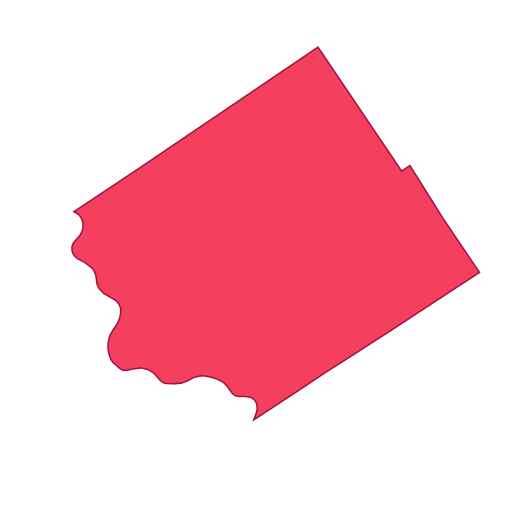 Fremont, Iowa, United States of America (Natural Earth projection), rotated 326°
{"feature_id": "52423323B89292359630527", "entity_name": "Fremont", "entity_type": "district", "adm_level": 2, "iso_a3": "USA", "parent_name": "United States of America", "parent_adm1": "Iowa", "projection": "natural_earth1", "projection_center": [-95.772, 40.741], "detail": "fine", "context": "isolated", "style": "filled", "palette": "rose", "viewbox_px": 512, "rotation_deg": 326, "n_neighbors": 0, "source": "geoboundaries", "source_scale": "gbopen_adm2", "svg_char_len": 1345}
<svg xmlns="http://www.w3.org/2000/svg" viewBox="0 0 512 512"><g transform="rotate(326 256 256)"><path d="M115.4,219.1L115.4,219.8L114.7,223.1L113.5,225.4L112.2,227.1L109.5,230.1L106.9,232.2L102.6,234.8L96.5,237.2L90.8,240.0L88.5,241.7L84.6,245.6L81.4,250.2L79.3,255.1L77.9,260.1L77.8,264.0L80.2,273.2L81.7,276.3L85.9,279.1L87.1,279.3L90.4,280.7L98.1,284.5L102.7,289.5L104.6,293.1L105.9,296.5L107.2,306.5L108.1,308.8L109.5,310.9L116.8,316.3L117.7,316.8L123.1,319.7L129.2,321.2L135.9,321.8L142.0,323.9L146.1,326.5L148.1,328.4L151.4,331.8L155.2,336.8L157.6,341.1L158.6,343.8L159.2,347.3L159.5,356.7L160.3,359.4L161.7,361.6L163.4,363.0L167.8,365.9L172.4,370.0L173.5,371.9L174.3,374.9L174.1,377.8L173.3,380.3L171.1,384.0L167.2,387.3L162.5,390.6L175.8,390.8L216.3,391.3L247.8,391.4L268.9,392.0L294.4,392.5L307.5,392.8L322.5,393.1L327.0,393.2L327.9,393.2L366.5,393.7L403.6,394.2L432.1,394.6L432.1,329.8L434.2,267.1L424.2,267.0L424.2,117.5L204.7,117.9L129.7,117.4L131.4,120.6L132.2,122.8L132.4,126.4L131.6,130.3L130.6,132.4L128.0,136.2L125.5,138.3L121.7,140.4L112.3,142.8L109.7,144.5L108.6,145.4L106.7,148.4L106.1,149.6L105.5,152.4L105.6,154.6L106.6,158.4L110.5,165.8L113.4,174.6L113.3,178.2L112.4,182.5L108.7,189.9L108.1,191.9L107.7,195.4L108.8,201.9L114.3,213.2L115.2,215.7L115.4,219.1Z" fill="#f43f5e" stroke="#9f1239" stroke-width="1.5"/></g></svg>